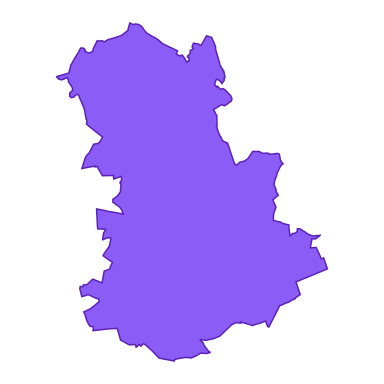 the district of Bēnes pag., Auces, Latvia
{"feature_id": "27541924B36472446612292", "entity_name": "Bēnes pag.", "entity_type": "district", "adm_level": 2, "iso_a3": "LVA", "parent_name": "Latvia", "parent_adm1": "Auces", "projection": "albers", "projection_center": [23.066, 56.462], "detail": "fine", "context": "isolated", "style": "filled", "palette": "violet", "viewbox_px": 384, "rotation_deg": 0, "n_neighbors": 0, "source": "geoboundaries", "source_scale": "gbopen_adm2", "svg_char_len": 5661}
<svg xmlns="http://www.w3.org/2000/svg" viewBox="0 0 384 384"><path d="M70.7,65.1L70.7,65.9L68.9,72.6L69.0,72.7L68.5,73.1L66.0,73.9L57.0,76.4L56.6,76.8L56.7,77.0L56.8,77.2L58.9,79.2L61.7,79.9L63.6,79.2L67.1,77.5L68.6,80.4L68.5,80.9L68.4,81.6L72.1,87.3L72.5,88.3L72.5,90.1L72.5,90.5L69.8,92.8L69.7,93.8L69.8,96.3L71.1,97.6L72.4,97.4L73.8,97.2L75.4,95.4L76.1,94.9L77.6,94.4L77.8,94.5L78.8,95.3L78.7,95.5L80.7,100.4L81.1,101.0L82.9,105.6L83.2,106.1L84.2,108.8L84.4,109.2L86.2,119.3L86.7,119.8L87.0,121.3L87.0,121.6L86.4,124.0L88.0,125.4L88.1,125.6L97.9,133.4L102.7,137.1L99.2,142.7L97.8,143.5L93.7,144.2L89.0,153.2L86.5,155.5L85.1,158.4L81.9,168.5L89.7,167.0L95.1,166.2L95.1,166.9L97.3,166.6L97.6,167.4L98.4,168.9L99.2,170.1L102.2,175.4L102.4,175.7L103.8,175.7L113.5,175.5L113.6,178.0L113.8,179.1L121.1,176.4L121.3,176.4L121.5,180.2L121.6,180.5L120.2,181.8L120.2,183.3L120.8,183.2L120.9,185.6L120.8,186.3L120.9,187.2L120.5,189.4L120.5,191.5L120.0,192.4L117.9,195.4L115.3,197.6L113.0,199.1L112.9,199.3L112.9,201.5L113.0,201.9L112.8,202.2L114.2,203.0L115.7,204.3L119.6,207.0L121.1,209.1L121.7,209.8L122.7,212.5L123.3,214.0L111.6,211.9L111.6,212.0L105.5,210.8L105.5,210.7L96.6,208.9L96.6,209.0L97.5,227.5L97.7,228.9L97.9,228.9L101.2,229.0L105.7,229.4L105.7,229.6L104.2,232.1L103.7,232.6L102.6,239.3L102.9,239.8L105.9,238.4L109.1,237.7L111.0,238.1L110.5,240.7L109.4,246.1L104.2,253.5L103.1,255.7L107.7,259.1L107.8,259.2L112.5,262.3L110.4,266.5L110.1,267.6L109.7,269.1L104.2,271.1L102.0,282.9L92.8,279.1L86.7,284.9L83.4,284.8L83.1,286.7L80.2,286.4L79.8,289.0L80.4,290.9L80.9,293.0L81.8,296.6L85.0,295.8L86.9,295.0L88.2,294.7L88.6,294.8L96.8,298.6L98.6,298.7L99.2,301.6L96.2,304.1L94.8,305.4L90.0,309.0L83.7,311.9L84.7,314.1L85.1,314.6L85.2,315.1L85.4,315.7L85.4,315.9L85.8,317.6L86.4,319.4L87.7,322.5L88.8,324.6L89.9,326.1L90.9,326.5L91.6,326.6L92.9,326.5L93.1,326.9L93.4,328.0L93.4,328.6L93.0,330.6L108.4,328.9L117.1,328.4L117.3,328.9L120.6,340.0L128.9,344.7L131.0,344.8L133.4,344.6L135.4,344.6L135.9,345.7L135.9,346.3L136.1,347.2L136.3,347.2L139.3,344.5L140.9,346.2L143.3,343.7L144.8,344.4L145.5,344.9L148.5,347.6L151.8,350.5L159.1,358.1L165.2,359.3L174.3,361.0L174.9,359.2L175.8,359.2L180.3,358.2L184.7,357.6L186.2,357.5L188.1,357.5L190.4,358.0L191.2,358.0L196.2,355.8L200.2,353.4L200.8,353.1L201.5,353.1L206.4,353.5L207.0,353.5L210.1,352.5L210.0,352.1L208.7,351.4L208.4,351.1L205.6,347.4L204.2,345.6L204.0,345.1L203.4,343.5L203.1,342.9L202.6,342.3L202.1,341.7L200.8,340.7L200.5,340.5L200.4,340.0L200.4,339.6L206.1,340.3L213.7,338.6L219.8,336.1L223.3,332.8L224.2,331.8L226.2,330.0L231.6,324.8L235.9,322.7L240.8,323.1L240.7,322.0L252.5,325.4L252.5,325.5L256.7,324.0L257.9,323.5L258.6,323.8L262.6,322.2L265.5,321.0L267.7,326.6L268.0,326.6L268.9,327.0L271.9,321.0L273.2,318.7L273.2,318.4L276.7,311.7L279.3,306.5L279.6,306.0L279.5,305.7L280.3,305.5L284.5,303.8L285.0,303.4L285.2,303.1L285.3,302.7L285.5,302.7L285.7,302.9L286.2,303.0L288.2,302.4L289.4,301.7L292.5,299.8L294.9,298.9L295.0,298.8L295.5,297.8L295.6,297.7L299.8,294.9L300.2,294.6L296.0,281.9L327.4,268.9L323.7,258.0L321.2,258.7L319.9,255.4L317.4,250.0L316.7,248.9L316.1,247.4L310.3,247.9L311.2,242.9L311.8,240.3L311.8,238.9L313.6,238.8L314.9,239.0L315.6,238.7L315.7,238.8L317.3,237.5L318.5,236.8L320.2,235.3L320.2,235.2L318.8,235.6L318.1,235.6L317.1,235.5L314.1,236.0L312.0,235.7L311.1,235.4L310.4,235.1L309.1,234.7L308.5,234.4L306.2,232.9L305.0,231.9L303.0,230.9L300.8,229.2L299.6,228.8L298.3,228.7L297.4,228.7L297.1,231.8L294.7,233.4L292.6,233.4L290.7,235.4L290.1,235.8L288.8,227.6L289.0,225.0L282.2,223.3L281.0,222.2L273.4,220.5L273.5,215.6L273.8,213.3L276.0,207.1L272.8,199.9L278.3,195.2L275.9,191.0L276.1,190.6L275.8,189.0L274.1,184.9L274.7,180.7L276.6,175.6L276.6,175.4L277.3,172.7L279.6,167.9L280.3,166.7L281.6,164.7L282.5,164.0L283.1,163.8L282.3,163.1L281.3,161.5L280.4,159.9L280.2,159.1L280.0,157.6L279.5,155.5L279.5,154.8L279.1,154.0L278.7,153.8L277.6,153.4L276.6,153.5L270.6,154.3L267.6,153.1L262.5,153.3L258.9,151.4L257.1,151.5L253.6,151.4L252.5,151.6L250.7,154.6L247.9,158.6L244.7,160.9L239.5,162.4L237.7,164.3L236.7,164.7L235.0,164.8L234.7,163.7L234.5,163.8L227.6,143.1L223.9,141.5L222.1,140.1L220.9,136.9L220.5,136.6L220.0,136.0L219.9,135.6L219.6,134.9L218.2,132.0L217.7,130.0L216.9,127.4L216.3,126.8L217.2,125.6L217.0,125.2L216.8,115.4L216.4,115.4L215.8,113.9L213.6,109.6L221.2,104.8L224.6,105.7L224.8,105.7L227.3,104.0L229.2,102.5L230.8,101.6L231.1,101.2L231.9,99.2L232.0,98.9L230.9,96.1L230.8,95.8L225.2,89.9L223.1,88.6L220.3,89.3L217.6,86.3L216.8,87.3L215.6,85.6L214.8,84.5L214.8,84.3L214.9,83.7L214.9,83.2L216.5,79.1L219.4,80.4L220.0,81.1L221.9,83.6L224.3,80.1L224.0,78.6L225.0,77.6L224.2,73.1L223.6,70.7L223.2,70.8L222.5,69.0L221.4,67.6L219.8,64.7L219.5,62.6L217.5,55.9L215.7,49.7L215.6,48.5L215.6,47.4L215.1,45.5L213.8,42.2L212.4,39.4L212.1,38.4L211.6,37.4L206.5,35.8L203.5,41.3L201.0,45.5L198.3,44.0L193.4,43.2L192.1,46.7L193.0,48.6L192.3,49.6L190.3,50.3L190.3,51.0L190.0,53.5L189.5,54.4L187.9,55.7L187.4,57.1L188.8,57.6L189.2,60.5L186.8,62.1L184.4,58.0L182.3,55.1L179.8,55.8L177.3,54.7L176.3,53.9L177.0,52.3L177.5,50.8L162.8,43.8L158.2,39.8L154.7,37.5L152.9,36.8L146.3,32.7L143.5,29.2L142.7,27.8L142.4,27.3L141.2,26.1L139.9,25.2L138.8,24.6L138.2,24.4L136.2,24.0L135.1,24.0L133.8,24.5L133.1,24.5L129.9,23.0L128.5,27.5L127.8,30.5L121.7,35.3L118.0,36.7L112.6,38.4L108.2,39.5L104.9,41.5L104.0,41.9L102.3,40.7L98.6,41.0L97.2,40.7L96.1,42.9L95.2,44.8L93.3,48.6L93.1,49.7L92.9,51.1L89.3,53.1L85.0,51.5L85.3,50.4L85.0,49.7L83.5,48.1L80.8,48.0L79.9,49.4L78.4,52.4L74.8,58.1L74.7,58.3L73.5,60.3L72.9,61.5L72.3,62.6L71.0,64.9L70.7,65.1Z" fill="#8b5cf6" stroke="#5b21b6" stroke-width="1.5"/></svg>